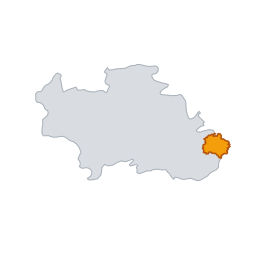 Republic of Serbia, with Zapadno-Backi highlighted, rotated 143°
{"feature_id": "SRB-273", "entity_name": "Zapadno-Backi", "entity_type": "District", "adm_level": 1, "iso_a3": "SRB", "parent_name": "Republic of Serbia", "parent_adm1": "", "projection": "natural_earth1", "projection_center": [19.294, 45.728], "detail": "fine", "context": "in_parent", "style": "filled", "palette": "amber", "viewbox_px": 256, "rotation_deg": 143, "n_neighbors": 0, "source": "natural_earth", "source_scale": "10m", "svg_char_len": 6011}
<svg xmlns="http://www.w3.org/2000/svg" viewBox="0 0 256 256"><g transform="rotate(143 128 128)"><path d="M143.1,100.4L148.8,102.0L151.4,103.5L152.8,105.5L156.4,106.8L162.3,107.5L166.4,109.5L168.7,112.9L172.5,112.1L177.6,107.0L182.7,105.7L187.8,108.1L190.5,110.1L191.0,111.7L189.9,112.3L187.1,112.0L184.8,113.0L183.0,115.2L182.8,117.6L184.0,120.2L185.9,121.9L188.2,122.9L189.4,124.2L189.6,125.9L190.2,126.3L188.9,127.1L187.5,128.3L186.7,130.3L186.5,133.5L182.1,136.0L180.4,136.5L179.7,138.2L178.6,142.9L178.8,146.5L179.4,148.3L179.7,149.8L181.2,151.6L182.5,154.4L183.4,158.1L185.4,160.9L190.4,163.7L192.9,165.3L194.8,167.7L196.2,169.8L200.3,172.7L200.1,174.7L199.2,176.7L198.2,177.6L196.2,180.2L194.3,181.6L191.0,186.1L185.8,186.4L184.6,186.7L182.7,188.0L181.7,190.2L182.7,192.0L182.6,193.8L181.7,197.4L183.0,201.2L184.9,202.9L185.2,203.9L184.9,205.7L182.2,209.3L181.4,210.7L178.6,211.3L177.7,211.0L176.3,209.8L174.9,209.4L171.7,210.9L168.4,211.8L165.7,211.1L163.2,211.0L161.4,211.6L160.0,211.8L157.4,213.4L153.1,214.5L151.2,214.3L150.4,212.8L149.6,210.7L150.0,209.8L152.8,208.1L153.1,206.5L156.9,198.9L157.7,196.4L157.7,195.6L156.7,195.1L154.5,195.1L144.9,192.0L145.4,188.4L142.5,186.5L139.5,184.8L139.0,182.9L135.6,179.1L133.1,176.9L130.0,175.9L127.3,174.3L125.7,173.3L124.9,171.5L124.9,170.5L124.1,169.4L122.8,169.6L120.6,171.0L117.9,172.2L117.5,173.1L118.4,175.2L119.1,176.6L118.8,177.8L118.0,179.5L112.8,183.1L112.2,184.3L113.2,186.3L112.6,187.3L108.2,188.6L108.3,187.5L108.1,185.7L105.5,183.8L102.0,182.4L94.2,177.4L91.1,176.7L88.4,176.1L84.6,173.7L82.6,173.3L80.4,171.6L75.6,165.8L71.5,162.7L68.7,161.1L68.0,159.5L67.8,158.0L67.9,157.4L70.0,155.2L71.6,154.8L73.7,154.8L75.1,155.9L76.9,156.1L77.9,154.7L78.4,152.6L78.2,149.9L73.8,143.7L70.1,139.3L69.7,138.4L70.5,137.6L71.8,137.1L73.2,137.5L76.8,137.8L80.3,137.4L81.5,136.3L81.5,134.9L80.2,133.6L76.1,130.0L72.9,126.9L69.2,124.5L66.4,123.5L65.6,122.3L65.3,121.0L65.6,118.5L65.8,115.5L66.4,113.6L68.9,110.0L71.3,106.1L72.8,102.4L73.6,99.0L73.3,98.0L72.0,97.3L69.4,96.6L65.7,97.2L62.6,98.4L61.4,98.5L61.0,97.0L61.5,96.3L62.5,96.4L63.3,96.7L64.1,96.0L64.6,93.9L63.4,86.8L65.7,86.1L65.7,85.1L65.9,84.2L68.3,85.4L71.7,85.4L74.6,85.2L75.1,84.5L75.1,83.4L74.4,82.6L73.4,82.0L72.6,81.0L70.6,80.6L64.4,78.0L61.4,75.2L61.5,72.3L62.4,70.7L63.4,70.2L63.1,69.6L59.6,68.3L58.4,66.4L59.4,64.0L57.6,59.1L55.7,56.1L57.5,54.8L57.8,52.9L58.0,51.9L58.7,51.9L61.8,50.6L62.9,49.6L63.5,48.5L64.2,48.2L66.3,49.5L68.4,49.6L70.8,48.8L72.6,47.6L74.8,46.7L75.8,46.1L77.0,45.1L79.5,42.1L82.4,41.5L86.2,42.2L90.4,42.5L93.5,41.8L101.3,42.7L103.0,43.4L104.1,44.1L106.1,46.7L108.1,50.0L110.9,51.5L114.2,53.3L115.8,54.6L118.3,58.6L120.3,60.5L120.9,60.4L121.6,59.9L122.1,59.5L122.6,59.9L122.6,61.0L122.7,63.7L122.3,66.5L123.0,69.2L123.0,70.0L122.6,70.8L122.6,71.5L123.3,72.2L126.0,74.0L128.5,76.7L131.3,78.7L134.0,79.9L135.6,80.0L138.4,82.2L143.7,83.8L145.5,84.3L146.7,85.2L147.5,86.3L147.6,87.4L146.8,88.0L145.6,89.5L145.2,91.3L144.3,91.8L143.4,91.8L142.8,92.4L143.0,93.2L143.7,94.0L144.8,94.6L147.0,95.3L149.1,96.4L149.1,97.2L148.7,98.0L146.0,98.4L144.0,98.5L143.0,98.9L143.1,100.4Z" fill="#d9dde1" stroke="#a8b0b8" stroke-width="1"/><path d="M69.4,49.9L70.3,49.7L70.7,49.2L70.9,48.7L71.1,48.2L71.5,47.9L71.6,48.0L71.9,48.3L72.0,48.4L72.1,48.7L72.2,48.8L72.4,49.1L72.5,49.2L72.8,49.2L72.9,49.3L73.0,49.3L73.0,49.5L72.9,49.7L72.9,49.8L72.9,50.0L73.2,50.6L73.1,50.8L72.9,51.0L72.7,51.2L72.7,51.4L72.7,51.6L72.8,51.8L72.9,52.1L73.1,52.4L73.2,52.7L73.2,52.9L73.3,53.1L73.3,53.6L73.3,53.9L73.3,54.0L73.4,54.3L73.3,54.6L73.3,54.8L73.5,55.0L73.9,55.4L74.2,55.7L74.3,55.8L74.7,56.0L74.9,56.2L75.0,56.3L75.2,56.5L75.3,56.7L75.7,57.0L75.8,57.1L76.0,57.4L76.1,57.5L76.0,58.0L76.2,58.4L76.3,58.4L76.3,58.5L76.4,58.8L76.4,59.0L76.5,59.1L77.0,59.4L77.3,59.6L77.6,59.8L77.8,59.9L77.9,60.0L78.0,60.0L78.3,60.0L78.5,59.8L78.8,59.5L78.9,59.4L79.0,59.3L79.1,59.2L79.3,59.2L79.5,59.2L79.8,59.3L80.0,59.5L80.3,59.8L80.5,59.9L80.8,60.0L81.1,60.2L81.2,60.3L80.6,60.8L80.5,61.0L80.4,61.1L80.4,61.3L80.5,61.4L80.5,61.5L81.1,61.9L81.2,62.0L81.7,62.1L81.8,62.2L81.9,62.3L82.0,62.4L82.1,62.7L82.3,62.9L82.4,63.0L82.3,63.3L81.9,63.5L81.5,63.8L81.2,64.3L81.1,64.6L81.0,64.8L80.7,65.0L80.5,65.3L80.5,65.5L80.6,65.9L80.7,66.1L80.7,66.3L80.7,66.5L80.7,66.9L80.6,67.0L80.4,67.2L80.2,67.3L79.6,67.3L79.4,67.3L79.3,67.5L79.2,67.5L79.2,67.8L79.1,68.1L79.1,68.3L78.9,68.6L78.7,68.8L78.4,69.0L78.1,69.2L77.9,69.3L77.7,69.3L77.5,69.2L77.3,69.0L77.2,69.0L76.8,68.7L76.6,68.7L76.4,68.7L76.2,68.7L75.9,68.9L75.8,69.0L75.5,69.1L74.9,69.2L74.9,69.7L74.9,69.8L75.0,69.9L75.0,70.0L75.0,70.5L74.9,70.5L74.6,70.5L74.0,70.8L73.6,71.1L73.5,71.3L73.5,71.5L73.6,71.8L73.6,72.1L73.6,72.3L73.8,72.6L73.9,72.8L74.0,72.9L74.0,73.0L73.9,73.1L73.8,73.4L73.8,73.5L73.2,73.4L72.9,73.3L72.5,73.3L72.3,73.3L72.1,73.3L71.8,73.4L71.7,73.5L71.3,73.4L71.2,73.3L71.0,73.0L70.7,72.7L70.4,72.6L70.2,72.7L70.2,72.8L70.1,73.0L70.1,73.3L69.9,73.3L69.7,73.3L69.4,73.3L69.1,73.4L68.9,73.5L68.7,73.6L68.3,73.6L68.2,73.6L67.9,73.7L67.7,73.5L67.7,73.4L67.7,73.2L67.5,72.9L67.3,72.8L66.7,72.5L66.4,72.5L66.1,72.6L65.9,72.7L65.5,72.7L65.2,72.7L64.9,72.5L64.8,72.4L64.7,72.1L64.6,71.9L64.4,71.9L64.1,71.9L63.9,71.8L63.6,71.6L63.3,71.4L63.2,71.3L62.9,71.3L62.5,71.6L62.4,71.6L62.2,71.5L62.1,71.4L61.9,71.2L61.8,70.9L63.9,71.2L64.9,70.3L64.5,69.7L64.1,69.4L63.6,69.3L63.0,69.1L62.6,68.8L62.5,68.6L62.4,68.4L62.1,68.1L61.8,67.9L61.5,67.9L61.2,68.1L60.6,68.4L60.3,68.8L59.8,69.1L59.2,69.1L58.9,68.8L58.2,67.8L57.9,67.6L58.0,67.2L58.0,66.4L58.2,65.6L58.6,65.2L59.0,65.0L59.9,63.8L60.1,63.4L59.9,62.8L59.4,62.4L58.8,62.1L58.4,61.7L58.1,61.2L57.9,59.9L57.8,59.2L56.8,58.1L56.5,57.7L56.0,57.2L55.9,57.0L55.9,56.8L56.1,56.6L56.1,56.3L56.2,55.1L57.3,55.0L57.8,55.0L58.0,54.7L57.9,54.3L57.5,54.0L56.8,53.5L57.2,53.2L57.4,52.9L58.0,52.6L57.8,51.9L59.9,52.0L60.6,52.3L60.8,52.2L60.8,51.9L60.5,51.5L60.5,51.4L60.5,51.2L61.4,50.5L62.3,50.6L62.9,50.5L62.9,49.2L63.5,48.4L64.3,48.1L65.1,48.3L65.6,49.2L66.3,49.6L69.4,49.9Z" fill="#f59e0b" stroke="#b45309" stroke-width="1.5"/></g></svg>